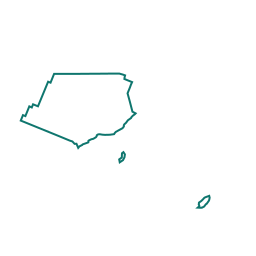 outline of Ventura, California, United States of America, rotated 292°
{"feature_id": "52423323B91201263130085", "entity_name": "Ventura", "entity_type": "district", "adm_level": 2, "iso_a3": "USA", "parent_name": "United States of America", "parent_adm1": "California", "projection": "albers", "projection_center": [-119.205, 34.058], "detail": "fine", "context": "isolated", "style": "outline", "palette": "teal", "viewbox_px": 256, "rotation_deg": 292, "n_neighbors": 0, "source": "geoboundaries", "source_scale": "gbopen_adm2", "svg_char_len": 1408}
<svg xmlns="http://www.w3.org/2000/svg" viewBox="0 0 256 256"><g transform="rotate(292 128 128)"><path d="M90.9,89.3L91.5,89.5L92.6,89.7L95.1,91.9L95.6,92.0L96.0,92.3L99.7,96.5L99.9,96.6L101.2,96.1L101.7,96.3L103.8,98.2L105.0,99.9L107.4,101.7L108.5,102.0L109.6,101.8L110.9,102.7L111.4,103.7L111.7,104.4L112.2,106.7L113.0,109.2L115.0,113.8L116.0,115.5L116.2,115.9L117.1,117.4L117.6,117.5L118.4,117.6L119.9,118.2L125.8,123.0L127.8,123.6L129.0,123.1L130.0,123.2L131.8,124.1L132.4,124.3L135.1,125.0L138.4,127.1L139.2,127.1L141.1,127.8L143.4,129.2L144.4,129.6L144.8,126.0L153.3,119.7L160.0,114.6L166.6,114.6L168.6,114.5L169.6,114.5L172.1,114.6L172.1,110.8L172.1,108.7L172.1,106.3L173.9,105.8L174.1,105.8L175.7,105.6L175.6,103.0L175.5,102.3L175.2,99.6L173.6,95.7L171.8,91.2L169.5,85.7L166.5,78.4L164.9,74.5L159.0,60.2L150.5,39.2L141.0,39.2L141.0,36.6L114.4,36.4L114.4,31.1L111.0,31.1L111.1,28.4L100.6,28.4L100.6,25.8L94.7,25.8L94.6,67.0L94.5,78.8L94.7,81.5L93.3,84.4L94.1,86.1L90.9,89.3ZM80.3,222.5L81.2,225.1L81.6,225.7L81.7,226.0L81.7,226.3L83.7,228.0L86.6,228.8L87.1,229.3L88.3,229.6L90.8,230.2L91.9,230.2L94.0,229.8L95.5,228.7L92.6,225.5L91.8,224.9L90.1,224.3L87.8,223.3L85.5,221.8L85.0,221.8L83.9,222.3L83.5,222.3L82.7,223.2L82.1,223.4L80.3,222.5ZM95.6,131.6L93.1,133.2L96.3,135.4L99.5,135.7L102.4,135.0L103.9,132.8L102.3,131.9L98.3,133.3L95.6,131.6Z" fill="none" stroke="#0f766e" stroke-width="2"/></g></svg>